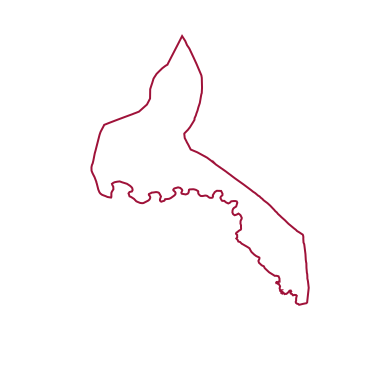 outline of Upper Saloum, Central River, Gambia, rotated 67°
{"feature_id": "56634734B57962636272806", "entity_name": "Upper Saloum", "entity_type": "district", "adm_level": 2, "iso_a3": "GMB", "parent_name": "Gambia", "parent_adm1": "Central River", "projection": "robinson", "projection_center": [-15.147, 13.733], "detail": "fine", "context": "isolated", "style": "outline", "palette": "rose", "viewbox_px": 384, "rotation_deg": 67, "n_neighbors": 0, "source": "geoboundaries", "source_scale": "gbopen_adm2", "svg_char_len": 5107}
<svg xmlns="http://www.w3.org/2000/svg" viewBox="0 0 384 384"><g transform="rotate(67 192 192)"><path d="M95.9,246.6L96.1,246.8L97.2,248.1L100.7,252.4L100.8,252.5L101.5,253.2L103.3,254.8L116.3,264.7L118.4,266.4L118.6,266.5L119.0,266.8L124.5,270.5L126.9,272.3L128.1,273.6L130.0,274.9L133.0,276.1L134.1,276.2L136.1,276.2L140.3,275.9L145.4,276.1L145.9,276.3L146.7,276.3L153.2,277.3L156.2,277.3L157.7,276.9L159.4,275.9L160.3,275.0L162.0,273.2L163.6,271.7L165.5,268.7L165.1,268.2L161.4,266.6L160.4,265.6L158.8,263.3L156.3,262.4L154.5,262.6L153.2,262.5L152.8,260.8L152.8,259.2L153.3,256.8L154.0,254.4L155.8,252.5L156.7,251.4L159.1,248.6L162.1,246.6L163.8,245.8L165.0,245.5L166.3,245.7L167.1,246.0L168.0,247.1L167.6,249.5L168.5,251.0L169.2,251.0L171.6,251.2L172.8,250.0L175.6,248.1L178.8,246.9L180.0,245.8L181.8,244.0L182.8,242.3L183.2,241.0L182.8,235.5L182.2,233.9L181.3,233.0L181.0,232.7L180.5,232.5L179.9,232.4L179.0,232.5L178.3,232.8L177.6,232.8L177.1,232.5L177.0,232.3L177.0,231.9L177.0,230.3L176.8,229.4L177.3,227.9L178.0,225.2L178.4,224.4L179.4,223.1L180.0,222.7L184.0,222.3L185.5,223.7L186.3,224.4L187.4,224.8L188.3,224.5L188.9,224.1L189.2,220.9L188.8,220.2L188.2,219.8L188.2,219.3L188.6,218.1L189.3,215.8L189.3,214.7L189.2,213.6L188.4,210.0L188.2,209.4L187.9,208.7L187.7,208.3L187.0,207.8L186.5,207.5L185.9,207.5L185.4,207.5L183.2,208.5L182.5,208.3L181.9,207.2L181.9,206.1L182.1,204.7L182.3,203.0L183.7,201.2L185.7,200.3L186.7,200.3L188.5,202.1L189.5,202.1L190.0,201.5L190.5,200.7L191.8,198.7L191.9,196.6L191.2,195.4L190.8,195.1L188.8,193.9L188.7,193.2L189.6,190.7L190.2,189.3L191.5,187.6L193.5,186.1L194.3,186.1L195.2,186.7L196.7,186.7L198.9,185.7L199.7,184.3L199.9,183.5L200.0,183.2L200.4,181.3L201.0,180.2L201.5,179.6L203.7,178.4L204.4,177.7L205.1,175.9L205.1,175.2L204.1,174.3L203.1,174.1L201.0,171.1L200.6,169.0L200.6,168.6L200.7,168.4L202.4,164.8L203.6,164.7L205.5,164.6L206.8,165.2L207.5,167.1L208.2,168.0L209.0,168.2L211.6,167.9L212.2,167.2L212.8,165.7L213.7,165.3L214.9,164.7L216.7,163.1L216.7,162.7L216.7,161.5L215.9,159.5L216.7,156.9L217.4,155.4L218.2,154.5L219.6,154.5L222.6,157.0L223.1,159.8L223.8,161.0L224.7,161.8L226.6,162.8L228.4,162.8L230.0,161.9L230.2,160.8L230.2,159.1L230.0,157.7L231.1,157.0L232.4,156.4L235.3,156.3L236.1,156.8L237.5,158.5L238.0,158.8L238.9,159.2L239.9,159.7L241.8,159.9L243.6,160.7L244.3,160.9L245.2,161.3L245.7,161.8L246.0,164.1L246.6,165.7L246.7,166.8L247.2,167.5L247.3,167.6L247.5,167.8L247.8,167.8L248.4,167.5L249.1,167.2L251.4,168.1L252.1,169.4L253.9,168.7L255.7,168.7L256.8,167.3L259.1,166.4L259.4,166.1L264.6,162.2L266.3,161.1L267.4,161.0L268.9,160.9L270.8,160.6L271.1,160.4L273.4,159.4L273.7,159.3L276.1,157.9L278.4,155.8L278.7,155.6L279.8,156.0L281.4,157.8L283.4,158.0L283.7,157.8L286.7,156.5L287.7,155.6L288.5,154.9L290.5,154.8L293.5,153.5L296.0,152.4L299.3,150.1L300.4,149.3L301.4,148.7L302.1,147.0L303.4,145.3L305.8,145.3L308.7,146.4L308.3,147.5L308.6,148.2L307.9,149.3L308.4,150.0L308.9,150.0L309.5,148.7L310.1,148.7L310.2,148.0L311.5,148.0L312.3,147.8L313.3,147.8L314.6,148.8L314.9,149.0L317.0,149.2L317.3,148.4L317.6,149.4L318.4,149.1L318.4,148.5L319.5,149.0L319.5,148.5L319.5,148.2L320.4,148.8L320.5,148.8L320.9,148.5L320.9,148.2L319.9,147.6L321.1,146.9L322.2,146.6L322.4,145.2L322.7,144.8L321.8,142.2L321.2,141.2L321.0,140.9L321.0,140.4L321.3,139.6L322.3,139.5L322.7,140.2L323.4,140.8L324.2,140.7L325.0,139.8L326.1,139.6L326.6,139.4L326.7,138.0L327.5,136.5L328.5,136.1L329.7,137.1L331.0,137.9L332.7,138.6L333.7,139.5L334.7,139.6L335.8,139.0L336.7,137.9L337.4,137.5L337.6,137.5L337.8,137.0L338.4,133.3L339.2,129.5L339.4,129.6L325.8,122.0L319.7,120.2L318.4,119.9L316.7,119.6L315.5,119.1L315.3,119.0L312.5,118.0L311.2,117.8L308.5,116.9L306.6,116.3L302.1,114.5L301.7,114.5L299.0,113.8L293.7,111.9L293.4,111.8L283.9,109.1L282.1,109.1L280.7,108.6L279.3,108.1L277.8,107.5L277.0,107.1L275.8,106.8L274.8,106.7L274.3,106.8L273.7,107.3L271.5,108.7L268.9,110.6L267.5,111.1L265.0,112.5L260.9,114.6L259.0,115.6L255.8,116.9L254.5,117.4L249.9,119.6L248.4,120.2L247.8,120.5L245.6,121.5L244.0,121.9L242.2,122.8L240.5,123.3L239.5,123.7L235.2,125.3L231.7,126.9L229.5,128.2L227.4,129.4L225.9,129.9L224.1,130.9L222.3,131.6L221.4,132.4L220.2,133.0L217.6,134.3L215.7,135.6L213.3,136.9L210.7,138.4L205.2,141.6L196.4,147.0L185.7,153.2L176.0,159.3L173.5,160.3L173.9,160.4L169.9,162.6L166.8,164.4L166.4,164.6L157.8,171.4L157.0,172.1L156.3,172.8L152.4,176.6L146.5,177.0L145.0,177.2L144.3,177.3L143.2,177.3L139.5,177.6L135.4,176.4L135.0,175.9L133.0,171.1L132.6,170.5L132.2,169.8L131.8,168.9L128.0,163.5L126.5,161.5L125.1,160.8L123.0,158.5L121.5,157.3L119.2,155.1L116.6,153.1L113.1,150.0L106.7,145.9L105.4,145.0L104.8,144.4L100.3,142.2L98.9,141.6L98.6,141.5L90.8,138.4L88.3,137.8L76.0,137.8L69.0,138.0L58.8,138.4L54.9,139.2L50.4,139.2L44.6,140.2L49.9,146.5L64.5,164.1L65.2,164.8L65.4,166.6L65.7,168.0L66.5,171.1L68.3,175.7L69.5,178.6L70.5,180.0L71.2,181.1L72.6,183.1L76.2,186.1L78.1,187.8L81.0,190.3L89.6,194.1L92.1,197.1L93.9,199.3L97.3,209.4L97.2,213.2L97.1,215.0L97.1,216.2L96.7,224.3L96.3,233.5L96.0,241.8L95.9,246.6Z" fill="none" stroke="#9f1239" stroke-width="2"/></g></svg>